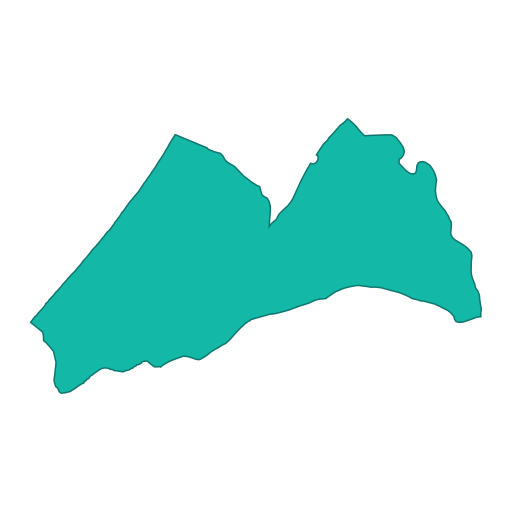 outline of Tivaoune, Thiès, Senegal
{"feature_id": "50182788B62483410284412", "entity_name": "Tivaoune", "entity_type": "district", "adm_level": 2, "iso_a3": "SEN", "parent_name": "Senegal", "parent_adm1": "Thiès", "projection": "albers", "projection_center": [-16.699, 15.086], "detail": "fine", "context": "isolated", "style": "filled", "palette": "teal", "viewbox_px": 512, "rotation_deg": 0, "n_neighbors": 0, "source": "geoboundaries", "source_scale": "gbopen_adm2", "svg_char_len": 5957}
<svg xmlns="http://www.w3.org/2000/svg" viewBox="0 0 512 512"><path d="M380.0,287.6L380.9,287.7L385.5,288.9L390.5,290.3L398.3,292.3L400.7,293.1L406.2,295.4L410.2,297.3L411.7,298.4L417.8,299.9L420.8,300.9L423.9,301.2L430.9,303.0L434.9,304.1L439.2,306.1L444.8,309.0L447.7,310.4L451.0,313.0L454.0,316.5L454.5,319.2L456.1,321.6L458.4,322.2L462.9,322.1L468.9,320.1L473.5,318.4L476.1,317.4L480.3,316.7L480.9,316.7L480.6,314.7L480.9,311.7L481.2,310.3L481.3,309.1L480.7,305.9L479.6,298.9L479.6,297.2L479.3,294.8L478.5,292.8L477.8,290.9L476.3,289.1L475.3,287.3L474.8,284.3L472.8,279.4L471.6,275.3L471.1,271.7L471.2,267.0L471.2,262.7L471.9,256.0L471.3,252.5L469.9,250.7L467.6,248.3L464.8,245.9L462.9,244.7L457.9,241.6L455.3,240.1L454.2,239.2L453.1,238.4L451.8,236.4L451.0,234.8L450.7,232.8L451.0,230.0L451.2,226.9L451.4,225.3L451.2,222.2L450.4,220.4L449.6,219.4L448.4,216.2L447.6,215.0L446.7,213.4L445.4,211.1L443.9,209.4L441.5,206.4L439.6,203.9L437.9,201.5L436.7,198.7L436.2,196.4L435.8,193.8L435.4,191.0L435.6,187.6L435.8,185.8L436.2,182.4L436.6,180.0L435.9,177.1L435.2,174.6L433.5,170.7L431.9,168.1L429.9,165.3L425.6,162.4L423.0,161.6L420.1,161.9L418.2,163.0L416.9,165.8L416.4,170.7L415.7,172.6L414.8,173.5L413.0,173.9L410.1,173.5L408.8,172.6L406.7,171.2L404.7,169.3L402.3,166.7L400.7,165.1L399.0,163.0L399.2,159.4L401.4,157.9L403.3,155.2L404.4,151.7L403.7,149.0L402.8,146.5L400.1,142.5L398.0,139.9L396.1,137.5L391.9,134.9L384.3,134.9L374.3,135.3L370.1,135.4L364.6,135.8L361.7,133.0L358.4,129.2L356.8,127.1L354.5,124.7L351.6,122.0L349.7,120.3L347.5,118.8L347.0,119.2L346.6,119.7L345.1,121.4L344.5,122.0L342.5,123.6L340.5,125.1L334.1,132.3L331.7,135.0L329.0,137.7L327.3,140.4L325.5,142.1L323.4,144.1L322.3,146.0L320.9,148.0L319.0,150.8L317.9,152.5L316.4,154.9L317.9,156.1L318.2,158.7L317.8,159.8L317.4,160.8L315.9,162.8L313.1,164.1L310.5,163.3L309.5,165.4L306.9,169.6L304.0,175.1L300.9,181.0L297.5,188.5L294.9,194.1L292.9,198.5L290.8,201.9L287.7,205.9L284.7,208.5L281.8,211.4L279.3,213.8L277.6,216.8L276.2,219.5L271.6,223.4L269.2,226.5L270.0,214.9L270.4,211.3L270.4,206.7L269.2,201.8L267.5,198.7L266.9,198.0L263.7,196.3L262.0,194.9L261.5,193.3L259.6,186.5L257.0,185.5L251.6,182.1L247.0,178.5L244.3,176.5L243.3,175.7L234.7,166.6L232.5,165.2L229.2,163.4L226.8,161.7L224.6,159.3L223.1,156.2L220.5,153.4L214.1,151.7L208.5,149.4L206.9,147.8L198.9,144.5L191.0,141.2L183.0,137.9L175.2,134.6L172.2,139.4L169.4,144.0L167.6,147.5L165.9,150.0L164.7,152.4L163.0,155.1L160.3,159.3L158.7,161.6L156.8,164.7L154.8,168.0L153.0,170.5L151.8,172.2L149.6,175.6L148.7,176.8L146.5,180.0L144.1,183.2L142.2,186.1L140.8,188.2L138.5,191.7L136.3,194.3L134.1,196.8L132.1,199.3L129.8,201.8L128.6,203.6L125.7,207.7L123.7,210.6L123.1,211.4L122.0,212.4L119.3,216.9L118.4,217.7L116.5,220.4L115.0,222.2L113.6,224.7L112.8,225.5L111.7,227.3L110.5,228.8L109.3,230.3L107.0,232.3L105.5,234.2L103.8,236.7L102.8,237.7L100.4,240.7L97.1,244.7L95.6,246.4L92.5,249.7L90.6,252.2L88.0,255.5L86.4,257.6L83.8,260.2L83.5,260.6L82.6,261.6L82.0,262.8L81.1,263.8L80.4,264.7L79.6,265.8L78.6,266.8L77.8,267.6L77.2,268.4L76.1,269.7L75.7,270.5L74.7,271.4L73.7,272.4L72.8,273.3L71.6,274.4L70.8,275.3L70.1,276.2L69.3,277.1L68.5,277.7L67.5,279.0L66.7,280.0L65.9,281.0L65.3,281.6L64.6,282.4L63.6,283.5L62.7,284.4L62.0,285.5L61.9,285.5L61.4,286.2L60.9,286.9L60.0,287.7L59.3,288.6L58.4,289.6L57.7,290.5L56.8,291.4L55.8,292.2L55.2,293.1L54.5,294.1L53.9,294.8L53.2,295.6L52.7,296.1L51.9,296.9L51.2,297.7L50.5,298.5L49.8,299.2L49.0,300.0L48.6,300.8L48.2,301.4L47.7,302.1L46.9,302.7L46.3,303.0L45.7,303.8L45.4,304.6L45.0,305.5L44.2,306.5L43.8,307.0L43.3,307.7L42.5,308.4L42.1,309.1L41.2,309.9L40.6,310.6L40.1,311.0L39.6,311.8L38.9,312.3L38.1,313.2L37.8,313.7L37.3,314.3L37.1,314.8L36.8,315.2L36.3,315.7L35.5,316.3L34.6,316.9L33.9,317.9L33.3,318.7L32.6,319.7L32.1,320.4L31.6,321.0L31.1,321.7L30.8,322.3L30.7,322.4L34.9,325.8L40.1,330.0L42.9,332.4L43.5,336.7L43.5,337.1L43.6,340.6L46.0,342.5L49.8,346.8L53.5,351.3L56.0,362.3L55.8,365.4L55.2,370.4L54.8,374.3L54.4,377.4L54.0,380.0L54.4,382.3L54.7,383.2L55.1,384.7L55.5,386.0L56.1,387.0L57.5,387.8L59.1,391.3L60.0,392.5L61.3,393.2L63.9,392.9L65.5,392.7L67.4,392.2L68.4,391.9L70.1,391.6L71.3,390.8L73.0,389.7L75.4,388.2L78.1,386.1L83.0,383.1L83.3,383.2L83.9,382.9L84.1,381.6L84.6,381.2L85.5,381.0L85.9,380.7L86.6,379.5L87.7,379.0L88.8,378.5L89.5,377.1L90.5,376.1L91.7,375.3L92.9,374.5L94.1,373.5L95.6,372.4L96.9,371.6L98.0,370.6L99.4,369.8L100.3,369.3L101.5,368.6L102.5,368.3L103.7,368.0L105.7,368.0L107.4,368.1L109.0,368.5L109.9,369.2L111.2,369.4L112.8,369.7L114.1,370.4L115.3,370.8L117.2,370.8L118.7,371.2L120.2,371.3L121.7,371.7L122.8,371.7L124.4,371.4L125.6,370.6L126.9,370.4L128.2,370.1L129.6,369.6L130.4,369.0L131.2,368.4L132.6,368.2L133.3,367.3L134.3,366.7L135.5,366.2L136.2,365.8L136.8,364.5L138.1,364.8L138.8,364.5L139.6,364.1L140.1,363.8L141.3,363.1L141.6,362.5L142.3,361.8L143.4,361.5L144.8,361.0L145.7,361.2L147.1,361.1L147.7,361.5L148.3,362.0L149.0,362.6L150.0,363.4L150.9,364.2L151.7,364.7L152.6,365.7L153.4,366.1L154.0,366.6L155.0,367.0L155.8,366.8L156.6,366.7L157.4,366.9L158.0,366.8L159.5,366.6L160.6,367.0L160.6,366.8L164.1,364.4L169.1,361.5L172.7,360.0L176.9,358.4L181.0,357.0L183.4,356.1L185.0,356.3L186.9,356.5L189.4,357.0L193.2,358.3L196.2,359.3L199.0,359.7L200.9,359.0L203.2,357.6L205.0,356.5L208.6,354.0L210.3,352.4L211.1,351.9L212.7,350.8L215.0,349.4L219.2,347.0L222.7,344.8L225.6,343.5L228.5,340.9L230.3,339.1L232.7,336.4L234.5,334.3L240.0,328.4L245.3,323.5L248.6,321.2L250.2,320.6L250.4,319.8L250.7,319.7L255.7,318.2L261.7,316.5L269.7,314.3L275.4,313.6L282.5,311.8L288.5,310.1L295.2,307.7L300.0,305.9L307.8,303.5L309.1,303.0L315.0,300.3L319.1,299.2L323.4,298.8L326.0,298.5L327.5,297.2L331.0,294.8L334.2,292.6L335.8,291.7L336.5,291.3L338.5,290.6L340.7,289.5L343.8,288.3L347.1,287.4L349.7,286.8L352.7,286.2L355.4,285.7L358.7,285.4L362.6,286.0L366.4,286.4L371.0,287.2L375.0,287.1L377.5,287.3L380.0,287.6Z" fill="#14b8a6" stroke="#0f766e" stroke-width="1.5"/></svg>